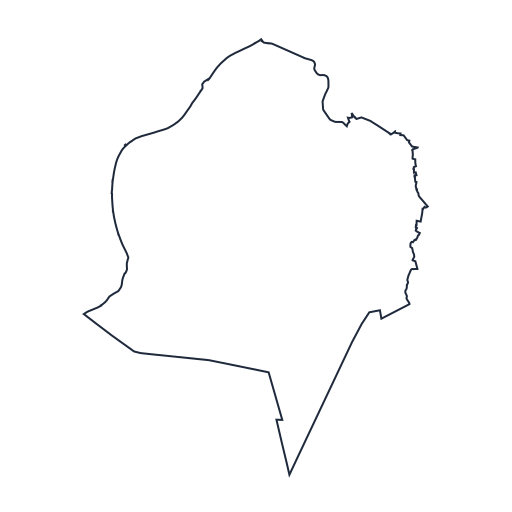 Weert, Limburg, Netherlands, rotated 273°
{"feature_id": "6326949B44832169165427", "entity_name": "Weert", "entity_type": "district", "adm_level": 2, "iso_a3": "NLD", "parent_name": "Netherlands", "parent_adm1": "Limburg", "projection": "mercator", "projection_center": [5.712, 51.235], "detail": "fine", "context": "isolated", "style": "outline", "palette": "slate", "viewbox_px": 512, "rotation_deg": 273, "n_neighbors": 0, "source": "geoboundaries", "source_scale": "gbopen_adm2", "svg_char_len": 5890}
<svg xmlns="http://www.w3.org/2000/svg" viewBox="0 0 512 512"><g transform="rotate(273 256 256)"><path d="M189.0,87.1L180.0,100.1L169.2,116.0L154.3,139.2L153.0,145.8L152.4,156.8L149.5,214.6L140.5,274.7L93.7,290.8L93.6,285.0L72.1,291.2L50.2,297.7L39.3,300.8L57.7,308.3L175.0,356.4L193.7,365.1L205.7,372.1L208.3,382.6L200.0,384.5L215.9,411.7L216.3,411.6L216.8,411.7L217.8,410.9L218.1,410.8L218.5,410.6L220.1,409.3L220.5,409.1L221.2,408.7L221.6,408.5L222.0,408.6L222.8,408.6L223.2,408.7L223.6,408.8L223.9,408.8L225.1,408.2L225.4,408.0L225.9,407.8L226.2,407.6L226.3,407.5L227.3,407.1L228.0,407.0L228.3,406.9L229.9,407.3L230.3,407.6L230.8,407.9L231.4,408.1L232.4,408.2L234.2,408.3L234.8,408.1L235.2,408.2L235.8,408.6L236.3,408.9L236.6,409.0L237.3,409.1L238.0,409.2L238.6,408.9L239.1,408.6L240.1,408.4L240.9,408.5L243.1,409.0L243.6,409.1L245.2,409.5L246.2,410.0L247.4,410.4L248.7,410.8L249.8,411.3L250.7,411.8L250.9,412.0L251.1,412.6L251.2,413.2L251.2,413.7L251.1,414.2L251.3,415.0L251.4,416.5L251.4,417.5L251.5,417.9L259.1,415.4L259.8,412.8L259.9,412.6L260.0,412.6L260.3,412.6L260.5,412.7L263.6,414.1L265.8,413.7L268.3,412.5L272.0,411.6L273.2,409.7L276.2,409.6L276.7,409.7L278.2,410.6L278.0,412.0L280.0,413.2L280.3,413.6L280.7,414.1L280.3,414.7L280.7,415.1L281.4,415.3L282.4,416.0L283.1,416.2L284.1,416.4L285.1,416.8L285.3,417.4L287.5,418.4L288.7,415.7L289.7,414.2L290.5,414.3L291.8,415.0L291.9,414.8L292.4,415.2L293.1,414.0L295.4,414.2L295.3,414.7L299.6,414.6L299.0,418.6L307.2,419.7L311.9,419.9L311.8,420.5L313.9,421.7L313.2,423.1L314.4,424.9L324.3,415.5L327.5,414.7L327.9,414.2L329.7,413.3L330.8,413.3L330.7,412.8L334.3,411.8L338.2,412.4L338.5,411.2L342.4,410.6L343.4,410.6L343.5,410.1L344.9,410.1L345.1,412.0L347.9,411.1L347.5,409.4L348.5,409.3L350.9,409.2L351.2,408.6L352.1,408.9L352.4,408.9L352.8,408.9L353.1,409.0L354.0,411.0L355.6,410.6L357.5,410.2L360.7,410.0L360.8,410.0L361.4,407.3L361.5,407.2L365.8,407.3L366.5,407.2L369.5,406.8L369.8,406.6L369.9,406.4L370.0,406.4L370.5,407.0L370.8,407.1L372.6,411.6L372.8,411.7L373.5,406.1L375.9,404.1L377.4,402.8L379.2,403.1L379.6,400.9L384.2,397.1L384.3,396.9L384.3,393.8L385.9,393.9L385.9,392.3L386.0,391.2L386.2,389.5L386.4,388.1L387.5,388.2L387.3,387.9L386.7,387.4L385.8,386.3L384.8,384.9L384.6,384.6L384.8,384.3L384.5,383.8L385.3,382.9L385.5,383.0L386.7,380.9L392.4,371.1L395.0,366.4L396.9,363.1L399.9,354.0L398.1,349.1L399.7,347.7L399.5,347.3L403.8,344.0L400.1,344.8L399.5,344.7L398.7,341.8L398.9,340.6L396.3,341.6L395.6,341.9L394.9,342.4L393.3,340.8L392.9,340.6L390.4,339.9L391.0,339.3L391.0,339.0L393.5,336.3L393.9,335.7L394.1,335.3L394.3,334.8L394.3,334.2L394.1,329.2L394.1,328.4L394.2,327.7L394.4,327.0L395.7,323.6L395.9,323.2L396.2,322.9L396.4,322.6L397.3,321.8L404.7,316.1L405.2,315.7L405.7,315.5L406.3,315.3L413.0,314.5L413.6,314.4L414.2,314.5L417.6,315.5L420.8,316.5L421.6,316.8L424.1,317.9L427.5,319.3L428.1,319.4L428.7,319.5L432.5,319.3L433.1,319.2L434.2,319.2L434.9,319.1L435.7,319.0L436.4,318.8L437.1,318.6L437.7,318.3L438.3,318.0L438.7,317.6L439.1,317.2L439.5,316.7L439.7,316.1L439.9,315.5L440.1,315.0L440.2,314.4L440.2,313.8L440.0,310.8L440.0,310.3L440.1,309.8L440.3,309.3L440.5,308.8L440.8,308.2L441.7,307.1L442.2,306.7L444.1,305.3L445.1,304.7L445.6,304.5L446.1,304.4L446.7,304.4L447.2,304.4L449.1,304.8L449.7,304.9L450.3,304.9L450.8,304.8L451.4,304.6L452.5,304.1L452.9,303.9L453.2,303.6L453.5,303.2L453.9,302.6L454.2,301.9L454.5,301.2L454.7,300.5L454.8,300.0L456.2,293.9L456.3,293.9L456.5,293.4L468.0,263.3L468.8,261.1L468.9,260.7L469.0,260.3L469.1,258.9L469.0,259.0L469.0,257.5L469.0,256.6L469.3,255.4L469.4,253.0L470.5,251.2L470.7,250.9L470.8,250.7L470.9,250.8L471.1,251.1L472.7,249.8L472.4,249.4L471.1,247.9L470.4,246.8L469.4,245.3L468.7,243.9L468.5,244.0L465.7,239.6L464.4,237.3L462.7,233.9L461.8,232.3L461.6,231.9L459.6,228.3L458.9,227.0L458.1,225.4L454.7,219.7L452.8,217.2L451.2,215.4L450.1,214.4L448.7,212.9L447.9,212.2L446.8,211.0L444.6,209.2L442.9,207.8L442.0,207.1L439.3,205.3L435.2,202.8L433.8,202.0L430.8,200.2L430.0,199.6L429.5,199.1L430.1,198.9L427.3,195.0L424.6,193.3L421.0,193.9L419.4,193.2L418.9,192.8L418.6,192.6L418.3,192.2L418.1,192.3L410.3,187.6L406.4,185.0L405.6,184.4L403.4,183.3L402.3,182.8L395.3,178.4L392.9,176.9L391.8,176.1L390.5,175.2L388.8,173.7L386.9,171.9L385.3,170.3L385.2,169.8L384.4,169.0L382.9,167.1L381.9,165.7L380.7,163.8L379.2,161.5L378.7,160.5L378.2,159.3L377.4,157.3L374.7,149.7L374.3,148.8L374.1,148.3L373.5,146.5L372.8,144.6L371.9,141.9L371.0,139.3L369.7,135.5L368.3,132.3L367.1,129.6L366.7,129.0L365.9,127.9L364.3,125.9L364.0,125.7L363.9,125.5L364.0,125.4L363.3,124.5L363.0,124.1L361.9,122.8L359.8,120.8L360.5,119.8L359.9,119.3L359.1,120.1L358.2,119.2L357.1,118.3L355.9,117.4L354.8,116.6L349.7,114.1L348.4,113.5L345.8,112.5L344.5,112.1L341.8,111.4L339.0,110.9L336.3,110.4L332.2,109.8L328.1,109.4L323.8,109.0L323.9,108.8L322.2,108.7L322.1,108.9L318.3,108.8L315.6,108.8L313.9,108.8L313.5,108.6L311.5,108.7L311.1,108.5L310.6,109.0L307.4,109.1L304.8,109.4L301.2,109.8L298.7,110.1L294.7,110.7L292.8,110.8L292.7,111.1L288.2,112.0L285.9,112.6L281.5,113.8L278.9,114.6L275.0,115.9L272.2,116.9L270.4,117.4L270.5,117.6L266.0,119.5L260.9,121.8L257.3,123.8L252.5,126.5L251.3,127.1L250.0,127.6L248.8,128.2L247.6,128.6L244.9,127.9L244.5,127.9L242.7,127.5L242.0,127.4L241.2,127.4L239.8,127.5L238.4,127.6L237.1,127.8L235.8,127.8L234.7,127.6L234.2,127.3L233.0,126.9L232.1,126.5L232.0,126.4L231.9,126.1L231.8,125.9L231.7,125.7L231.2,125.5L229.8,125.1L227.0,124.2L225.5,123.9L224.1,123.7L221.4,123.5L220.1,123.4L218.8,123.1L217.6,122.7L213.8,120.4L212.6,118.5L211.1,116.1L208.7,112.8L208.0,111.9L206.9,111.1L206.5,110.9L205.7,110.4L204.5,109.7L203.4,108.9L202.3,108.0L201.3,107.0L200.4,106.0L199.4,104.9L198.5,103.8L198.5,103.5L198.3,103.4L198.1,103.6L197.6,102.8L196.9,101.6L196.2,100.4L191.9,91.3L191.2,90.1L190.4,89.0L189.6,87.9L189.0,87.1Z" fill="none" stroke="#1e293b" stroke-width="2"/></g></svg>